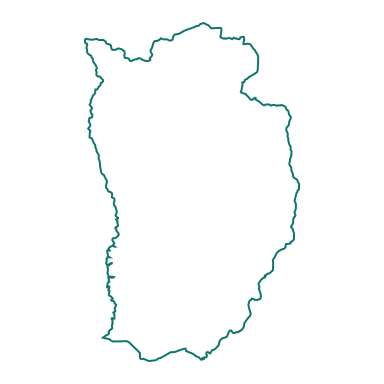 the district of Ilebo, Kasaï-Occidental, Democratic Republic of the Congo
{"feature_id": "63176286B19501088760626", "entity_name": "Ilebo", "entity_type": "district", "adm_level": 2, "iso_a3": "COD", "parent_name": "Democratic Republic of the Congo", "parent_adm1": "Kasaï-Occidental", "projection": "mercator", "projection_center": [20.49, -5.056], "detail": "fine", "context": "isolated", "style": "outline", "palette": "teal", "viewbox_px": 384, "rotation_deg": 0, "n_neighbors": 0, "source": "geoboundaries", "source_scale": "gbopen_adm2", "svg_char_len": 5901}
<svg xmlns="http://www.w3.org/2000/svg" viewBox="0 0 384 384"><path d="M103.0,337.7L109.6,339.3L111.5,340.9L112.9,341.5L125.5,341.2L127.1,341.3L128.7,342.0L139.9,352.9L140.0,358.0L141.0,359.0L143.5,358.8L148.7,361.0L154.6,360.4L156.9,359.7L157.9,358.7L161.3,357.6L170.5,352.3L174.9,352.0L181.1,349.7L185.5,348.5L186.2,351.1L187.2,351.3L188.4,352.2L190.6,352.7L194.5,354.8L195.9,356.2L198.8,357.3L201.3,359.8L204.0,358.8L204.0,358.4L202.5,358.3L202.9,357.8L206.3,357.3L207.0,355.7L206.2,353.5L206.5,352.5L207.9,352.0L209.7,353.4L210.2,353.4L212.2,350.1L213.8,349.8L215.8,348.3L218.7,345.2L219.6,341.1L220.7,339.6L222.3,338.4L226.2,337.1L227.1,336.4L228.9,331.7L230.0,330.6L231.0,330.5L233.1,332.9L234.4,333.0L236.8,332.1L238.3,332.2L239.9,330.8L241.1,330.6L243.8,327.0L244.5,322.8L248.6,317.4L249.8,316.3L250.4,314.9L250.7,313.3L250.0,311.7L249.9,310.5L249.4,309.6L248.4,304.7L249.4,301.0L251.4,299.6L251.7,298.6L252.8,298.7L254.6,299.9L255.5,299.7L257.4,300.1L258.1,299.5L260.3,298.8L261.0,296.4L260.4,292.9L258.9,289.0L259.4,287.1L258.5,284.0L259.0,282.8L260.8,280.1L262.8,278.3L264.4,277.6L264.7,276.1L265.3,276.7L266.6,274.2L269.8,273.1L273.0,270.1L273.2,262.2L272.8,260.7L273.3,259.2L274.5,257.6L276.6,253.2L278.8,251.0L282.0,249.3L284.2,248.7L285.3,247.5L285.9,244.1L290.4,243.5L290.4,242.5L292.9,240.7L293.9,239.2L294.1,233.7L292.6,228.9L291.0,227.0L291.2,226.3L292.9,223.6L293.4,218.8L294.2,217.6L294.3,216.8L295.2,216.1L295.5,215.4L294.5,212.5L295.8,208.9L295.9,204.7L295.7,203.2L294.6,201.1L294.7,200.2L296.5,193.1L297.2,192.3L297.5,190.7L298.9,189.4L299.1,184.2L296.9,179.5L294.1,177.8L293.1,176.5L292.9,174.0L291.4,170.5L291.1,167.0L290.4,166.4L289.3,164.2L290.1,159.1L291.4,155.4L291.5,151.3L290.5,149.2L290.7,146.8L289.3,144.3L288.4,141.1L288.2,137.9L287.5,136.5L287.8,134.4L287.5,132.9L286.2,130.2L286.3,128.6L287.0,127.1L288.7,125.3L289.5,120.8L290.8,118.4L290.7,116.7L289.1,114.6L288.4,111.3L287.5,110.1L286.6,109.8L285.9,107.5L285.1,106.6L282.1,105.1L280.6,105.2L280.0,105.6L278.4,105.2L277.0,105.8L275.0,105.1L272.7,104.9L270.8,105.6L269.5,104.6L267.3,104.4L265.8,104.5L264.5,105.3L263.1,105.0L259.0,101.5L255.8,99.6L255.5,99.1L255.6,97.9L255.1,97.8L254.5,98.7L253.5,98.5L252.5,99.7L251.6,99.9L250.4,99.4L247.3,95.8L246.4,95.2L245.9,94.2L245.0,93.7L243.0,93.4L240.8,92.1L241.7,89.4L242.7,83.9L242.2,82.6L244.3,81.8L244.9,80.0L247.7,78.5L248.8,77.0L250.6,76.3L257.0,72.2L257.7,70.2L258.2,59.7L258.2,57.0L257.8,55.3L254.8,50.1L253.0,48.2L250.9,45.0L249.7,44.0L247.4,43.7L244.3,44.2L243.5,44.0L243.4,42.8L244.2,40.2L243.9,37.1L243.3,36.8L241.0,37.1L240.4,37.5L239.5,39.2L237.4,39.0L236.7,38.5L235.4,38.6L234.6,37.9L233.7,37.8L232.1,39.2L230.1,38.1L228.3,38.1L225.7,38.8L224.8,38.3L223.9,38.6L222.8,38.4L220.4,37.1L221.5,29.7L221.2,28.2L220.1,27.9L211.2,28.3L208.5,25.4L203.5,23.0L200.2,24.2L198.6,25.8L196.1,26.0L195.2,26.8L184.6,30.6L178.8,33.9L174.6,34.6L173.6,35.7L172.5,39.6L171.5,40.4L169.6,40.6L167.0,39.3L163.1,39.3L160.9,38.3L159.3,40.0L158.1,40.3L157.5,40.9L155.2,41.0L154.3,41.4L153.2,43.6L152.1,47.7L150.8,49.7L150.4,51.0L152.3,54.8L152.0,55.7L149.7,58.3L150.3,59.5L150.1,60.1L148.3,61.1L145.8,61.0L143.3,60.1L139.5,58.1L138.3,58.3L137.0,59.3L134.3,59.5L131.2,61.2L130.0,60.8L128.8,58.8L128.1,58.3L124.8,57.8L124.2,55.2L124.8,53.7L124.3,51.2L121.3,49.1L118.2,48.4L115.1,50.0L114.0,49.7L112.8,49.9L112.1,49.5L111.4,48.7L111.0,45.7L110.2,44.8L109.2,44.2L107.2,43.9L106.3,43.2L105.7,41.6L103.4,40.0L100.0,40.1L98.5,39.9L96.7,38.9L92.6,39.7L89.3,39.5L85.9,38.7L84.9,40.0L85.1,42.6L85.9,43.4L87.0,43.7L87.3,44.4L86.4,47.8L87.0,49.8L87.1,52.0L87.8,53.4L88.7,54.4L90.7,55.3L91.3,56.2L91.7,57.6L92.7,58.8L93.2,61.8L95.7,65.1L96.9,68.2L95.9,70.0L96.7,72.4L96.3,74.4L96.7,75.5L98.1,76.5L100.1,76.6L101.1,78.2L103.0,80.0L103.1,81.3L102.0,82.4L100.8,83.0L100.4,85.3L98.7,86.9L97.3,89.4L95.4,89.5L95.2,92.8L94.5,94.1L93.0,95.4L92.1,98.0L90.7,100.2L91.1,101.5L89.6,104.8L91.6,107.3L92.1,108.5L90.7,110.2L90.5,111.1L91.3,113.5L92.5,114.8L92.1,117.0L91.6,117.6L89.7,117.8L89.2,118.4L89.3,119.2L88.7,121.2L90.1,124.0L90.3,125.3L89.6,126.8L88.2,128.4L88.5,129.1L90.4,130.7L89.9,132.2L89.5,137.4L92.1,138.7L93.9,143.3L95.4,145.3L95.2,146.6L96.5,150.1L96.5,151.3L98.8,155.1L98.6,158.8L99.8,161.7L100.2,167.1L101.3,172.6L102.0,173.9L104.1,175.2L104.5,176.5L106.8,180.7L107.0,182.0L106.2,184.4L106.1,187.8L107.4,189.4L108.3,191.3L110.9,192.3L111.8,193.1L112.2,194.3L111.8,196.9L112.0,197.5L114.0,198.4L114.5,199.3L114.6,200.1L113.8,203.0L114.0,205.0L115.3,206.5L116.9,211.8L115.6,215.5L115.8,216.0L118.0,217.8L118.1,218.3L117.9,218.7L116.1,219.4L117.7,221.8L117.4,223.2L117.8,224.4L117.9,225.9L117.0,226.9L115.5,227.4L115.3,228.4L116.2,229.5L116.6,231.2L118.4,233.1L118.8,234.7L118.0,236.2L114.8,238.3L113.4,238.1L112.7,238.6L112.3,240.2L114.3,243.2L113.2,244.8L113.6,245.6L114.9,246.7L114.3,246.7L113.1,245.8L111.6,246.1L109.6,247.2L108.0,249.8L109.1,249.8L109.6,250.5L107.4,250.5L107.1,251.1L108.1,256.3L109.6,257.3L107.8,257.2L107.2,257.6L106.5,259.2L106.7,260.7L106.2,263.0L106.7,264.4L107.2,264.8L108.3,264.8L111.2,263.0L111.8,263.1L111.6,263.6L110.5,264.0L109.0,265.3L107.6,265.6L107.4,266.0L108.0,269.6L107.5,273.0L108.4,275.8L109.2,276.9L111.0,276.6L113.8,277.1L113.4,277.5L110.9,277.6L108.5,277.3L108.2,277.8L108.7,278.8L108.8,280.5L109.4,281.7L108.2,282.4L107.6,283.3L107.1,286.9L107.2,287.3L107.8,287.2L108.9,286.4L109.3,286.6L109.3,287.7L108.3,289.9L109.5,290.9L109.0,292.7L109.2,293.2L108.8,294.1L109.0,295.4L110.8,296.4L112.7,298.4L111.2,300.2L111.4,300.6L112.8,300.6L114.4,302.0L114.5,303.1L116.2,304.9L114.6,308.7L115.3,311.0L114.9,311.8L113.3,312.5L113.4,313.1L114.4,314.3L114.5,318.3L114.2,318.7L113.4,318.8L112.6,318.2L111.7,318.3L111.6,318.8L112.5,320.3L112.4,322.2L112.7,323.3L112.2,324.0L112.4,324.5L111.8,325.5L112.3,327.9L111.3,329.4L110.2,329.6L109.3,330.8L108.6,332.7L109.0,333.4L108.0,334.5L106.1,335.3L103.0,337.7Z" fill="none" stroke="#0f766e" stroke-width="2"/></svg>